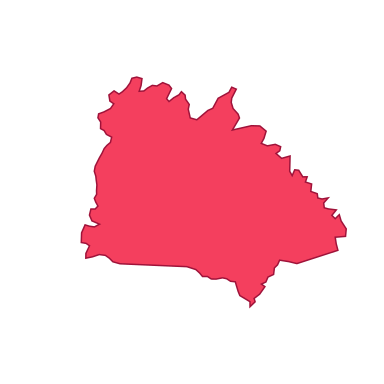 Tunas, Rio Grande do Sul, Brazil (Albers equal-area conic projection), rotated 65°
{"feature_id": "56859067B9883944354981", "entity_name": "Tunas", "entity_type": "district", "adm_level": 2, "iso_a3": "BRA", "parent_name": "Brazil", "parent_adm1": "Rio Grande do Sul", "projection": "albers", "projection_center": [-52.904, -29.12], "detail": "fine", "context": "isolated", "style": "filled", "palette": "rose", "viewbox_px": 384, "rotation_deg": 65, "n_neighbors": 0, "source": "geoboundaries", "source_scale": "gbopen_adm2", "svg_char_len": 1978}
<svg xmlns="http://www.w3.org/2000/svg" viewBox="0 0 384 384"><g transform="rotate(65 192 192)"><path d="M164.7,290.8L169.6,294.7L175.9,294.9L182.1,289.4L182.4,295.2L179.5,299.6L176.6,302.8L182.3,309.3L191.0,313.7L193.8,309.7L197.4,307.6L202.8,314.1L207.1,316.2L208.7,309.6L209.5,302.5L212.8,297.3L217.0,294.9L221.8,293.2L226.6,287.6L257.5,228.2L263.9,221.3L268.7,219.3L273.0,218.2L275.1,213.7L279.0,211.3L281.1,207.0L282.7,200.6L285.3,197.2L289.2,194.8L291.7,190.7L295.5,191.3L301.7,192.2L306.1,192.4L315.9,185.8L320.5,187.9L318.2,181.2L314.7,180.7L313.2,173.9L308.6,165.9L304.8,168.0L304.8,163.1L301.2,159.1L301.2,152.9L295.6,149.4L294.2,145.3L290.8,141.4L296.0,133.7L301.2,127.2L306.5,84.4L299.9,83.2L293.5,81.3L297.1,71.6L290.6,67.8L281.2,69.1L274.8,68.1L276.7,73.5L272.3,75.1L269.2,68.8L265.0,75.5L262.2,78.8L257.6,77.3L254.9,71.1L253.3,77.1L250.6,80.5L246.5,79.2L241.7,84.1L235.3,80.2L230.9,85.0L226.9,81.2L225.1,85.2L217.4,86.1L215.3,89.5L219.5,94.3L214.5,94.7L200.8,87.9L199.4,96.5L192.6,99.6L191.7,95.0L188.4,92.5L184.0,96.4L182.0,104.2L177.2,108.7L173.9,104.2L168.2,99.1L160.8,102.6L157.0,110.2L152.9,129.2L145.0,117.7L140.9,117.3L133.7,119.5L127.4,118.6L123.7,116.3L117.5,108.4L113.8,111.7L117.3,116.4L118.1,128.7L124.9,137.8L124.8,143.1L128.6,157.1L124.1,162.3L115.4,160.4L111.5,157.5L105.1,158.6L101.3,157.3L96.6,159.2L98.4,162.6L98.8,168.5L100.3,174.6L96.7,175.6L89.6,166.8L85.4,167.7L80.5,172.3L81.1,179.0L78.6,182.9L79.0,188.3L80.1,192.9L78.4,197.3L73.9,193.1L68.1,189.4L64.5,193.5L63.5,198.4L67.0,202.1L69.9,207.2L71.7,212.6L72.4,216.8L67.4,219.9L68.9,226.3L74.9,228.0L79.0,225.6L81.9,230.6L82.2,238.1L81.7,243.6L85.0,245.9L90.0,245.2L95.9,248.1L99.1,245.7L103.7,245.2L108.3,241.6L112.6,245.0L113.8,249.4L115.5,253.2L118.8,257.1L121.9,261.5L124.9,265.3L127.7,268.8L131.9,271.8L137.1,272.5L140.5,273.7L145.4,275.2L150.5,278.0L153.8,279.4L156.4,283.2L160.3,283.5L165.0,283.2L166.5,287.0L164.7,290.8Z" fill="#f43f5e" stroke="#9f1239" stroke-width="1.5"/></g></svg>